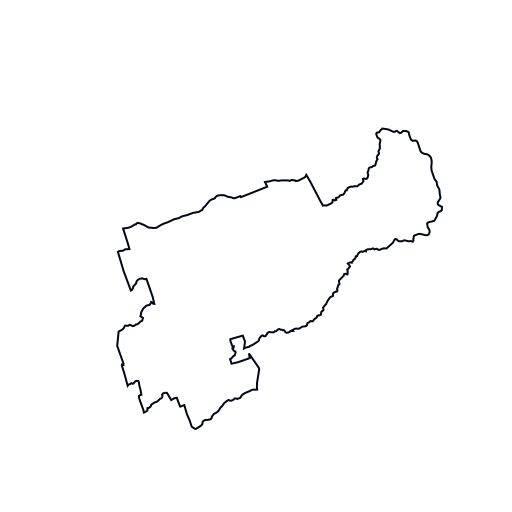 Juja, Central, Kenya (orthographic projection), rotated 309°
{"feature_id": "3690345B85267649800384", "entity_name": "Juja", "entity_type": "district", "adm_level": 2, "iso_a3": "KEN", "parent_name": "Kenya", "parent_adm1": "Central", "projection": "orthographic", "projection_center": [37.028, -1.103], "detail": "fine", "context": "isolated", "style": "outline", "palette": "ink", "viewbox_px": 512, "rotation_deg": 309, "n_neighbors": 0, "source": "geoboundaries", "source_scale": "gbopen_adm2", "svg_char_len": 6092}
<svg xmlns="http://www.w3.org/2000/svg" viewBox="0 0 512 512"><g transform="rotate(309 256 256)"><path d="M160.9,162.7L150.4,180.5L151.6,181.0L153.9,180.5L155.0,179.8L159.5,180.1L160.3,179.4L161.9,179.1L163.8,179.4L165.2,180.0L167.1,181.8L167.9,184.2L169.3,185.2L159.3,201.3L154.8,207.1L154.2,206.1L154.4,205.1L154.3,203.5L151.9,204.1L151.0,204.0L148.2,201.9L146.9,201.9L144.7,201.4L140.3,202.1L139.2,202.6L138.5,203.3L136.6,204.0L136.5,205.6L136.8,207.1L134.0,208.3L132.8,207.6L131.4,207.3L129.7,207.2L128.1,206.6L127.2,205.8L125.0,205.2L123.9,204.3L123.5,202.4L123.0,201.1L121.6,200.7L120.5,199.7L120.2,198.8L119.5,198.1L117.9,198.3L116.6,198.7L114.0,198.2L110.8,196.8L98.8,204.7L89.0,220.7L87.9,221.6L87.2,220.2L86.4,220.8L81.5,228.1L74.4,237.9L75.8,237.8L77.0,238.7L78.8,239.1L79.0,240.5L80.0,241.1L81.1,240.9L82.9,241.2L83.7,241.7L84.8,243.1L84.5,244.0L81.3,247.6L79.8,249.8L76.1,254.3L75.0,253.5L73.5,253.1L72.3,254.3L70.7,256.6L65.5,265.3L63.8,267.4L66.3,268.6L67.5,268.8L69.5,267.4L70.4,268.3L71.8,268.7L73.0,268.8L74.6,268.2L78.0,269.2L80.8,270.9L84.6,271.3L86.1,272.1L87.7,271.8L88.6,271.2L89.2,270.2L90.9,270.3L92.6,271.6L93.6,272.9L90.7,280.8L93.8,281.9L96.0,283.7L92.2,290.0L91.3,291.9L95.0,294.1L89.7,301.7L86.3,308.2L83.3,312.8L82.9,313.7L83.2,317.2L83.8,318.1L89.8,320.1L91.4,320.1L93.3,319.1L94.7,318.9L96.4,319.6L98.6,321.9L99.7,322.9L101.3,323.6L102.4,323.4L103.4,322.8L106.6,322.6L109.3,323.8L110.8,324.1L112.4,324.3L115.7,323.8L117.8,324.1L121.8,323.9L124.7,324.5L126.8,325.2L127.4,327.1L128.1,327.9L129.5,328.7L131.9,329.1L132.8,330.4L133.2,331.5L134.0,331.8L135.3,332.8L136.4,333.0L138.7,332.6L140.1,332.8L143.0,333.9L147.0,336.1L149.7,337.2L152.9,341.0L154.5,339.4L157.8,336.8L169.4,330.1L170.3,329.5L171.0,328.3L175.8,311.8L172.7,315.4L162.5,309.1L156.9,304.8L159.5,300.8L160.7,301.3L163.9,301.4L165.3,302.0L168.1,300.9L168.8,300.0L168.4,298.8L168.7,297.3L169.4,295.7L170.8,296.2L171.9,295.5L171.0,294.7L171.8,293.0L174.1,289.3L175.2,288.4L185.8,295.8L182.6,301.3L176.6,304.9L178.2,305.6L181.2,307.8L182.2,308.0L184.8,309.3L190.8,311.3L192.2,311.4L193.5,310.7L195.1,310.4L197.3,310.5L198.5,311.1L198.7,312.9L199.7,313.8L202.4,313.6L203.4,313.3L205.5,314.2L206.1,315.6L207.4,317.3L208.2,317.9L209.4,318.0L210.1,318.9L212.9,319.4L214.0,320.1L214.4,321.8L215.0,322.6L215.2,323.5L215.9,324.2L215.8,325.5L215.3,327.0L215.7,328.3L217.9,329.9L219.3,329.9L221.0,332.0L221.3,330.9L223.6,331.9L224.7,332.7L226.3,334.9L227.7,335.6L230.3,336.5L232.5,338.6L233.3,339.1L234.4,339.1L235.3,338.5L236.2,338.2L237.3,338.8L239.8,339.3L240.3,340.4L241.0,341.2L244.0,341.1L245.4,341.7L246.5,341.8L247.9,341.3L249.1,341.8L250.0,342.8L251.3,343.3L253.6,342.0L254.9,342.0L255.7,342.5L256.6,342.3L258.2,340.6L261.3,340.6L262.3,340.8L266.5,339.8L270.8,339.6L273.3,340.9L275.4,339.5L276.5,339.5L278.6,340.5L279.4,341.3L280.5,340.9L281.7,339.5L284.4,338.7L285.2,338.2L286.3,338.7L287.1,338.1L288.5,336.5L289.4,335.9L293.1,336.3L294.4,336.3L295.6,336.6L297.4,335.9L298.6,336.8L298.7,337.8L299.3,338.6L301.6,337.1L302.9,335.4L304.1,335.7L307.0,335.6L307.6,334.1L308.0,332.1L309.4,332.6L310.6,333.5L311.1,334.7L312.1,334.4L313.4,334.5L314.5,334.1L315.5,334.6L317.3,334.4L318.5,333.7L319.4,334.6L322.0,333.9L323.3,334.0L324.6,334.3L325.9,335.1L326.4,336.3L328.6,337.4L328.8,338.4L330.0,337.8L331.1,338.4L331.9,339.0L333.3,340.7L335.6,342.2L335.7,343.9L337.6,345.2L337.9,347.3L338.5,348.2L341.4,349.7L342.5,350.6L343.9,352.6L351.4,353.9L352.7,354.0L356.1,353.4L357.0,353.7L357.5,355.0L357.2,356.3L357.4,357.7L359.2,360.1L361.1,361.0L361.8,361.8L363.5,365.4L365.0,366.9L365.7,368.8L366.9,368.7L368.0,367.7L371.1,366.1L372.3,366.6L375.0,368.2L376.3,369.3L378.9,374.7L379.8,375.8L381.4,376.6L383.7,376.0L384.8,375.1L385.7,373.5L386.4,371.3L389.0,368.5L390.5,368.7L395.2,372.2L396.2,372.3L400.8,371.5L403.9,370.0L405.4,370.3L407.4,371.5L408.8,371.4L411.2,369.6L410.5,366.1L410.6,364.8L411.3,364.0L412.6,363.4L416.5,363.0L417.5,362.6L419.7,359.9L422.7,357.1L423.6,355.5L424.5,353.1L425.1,352.1L427.3,349.7L428.1,346.6L428.7,345.4L432.9,338.7L435.6,336.1L439.1,333.8L440.7,332.4L442.2,330.5L442.7,329.5L443.0,328.1L443.0,326.3L442.8,325.1L441.4,322.8L441.0,321.6L440.7,319.9L440.9,318.2L441.8,316.6L445.9,310.3L446.4,308.6L446.2,307.3L444.1,305.3L444.0,303.1L446.1,299.5L448.1,297.0L448.2,295.8L447.2,293.3L445.6,291.6L442.7,291.1L442.0,290.3L441.9,286.7L441.0,286.1L439.9,285.7L439.0,284.7L437.7,279.6L437.1,278.2L434.5,273.9L433.6,274.0L432.4,273.6L429.6,273.8L427.9,272.3L426.6,272.5L425.0,274.9L424.5,276.4L424.8,278.2L424.4,279.7L422.7,280.8L420.5,281.8L419.8,282.7L417.5,284.6L414.6,285.2L412.9,287.2L410.2,287.2L408.9,287.7L408.1,288.4L407.8,289.5L405.2,289.9L402.2,291.4L401.0,291.5L400.0,290.5L398.1,290.1L396.0,288.5L395.0,288.5L393.0,289.7L391.6,289.9L390.9,290.4L389.7,292.2L387.4,293.3L386.1,293.5L385.2,293.1L384.1,291.0L383.3,290.6L381.8,292.4L378.8,292.6L376.6,291.3L373.8,290.8L372.8,289.3L371.9,288.4L370.8,287.6L369.5,285.9L366.6,284.4L364.2,285.2L363.3,284.4L360.2,285.2L358.6,285.1L355.8,283.1L354.6,283.3L353.3,283.0L351.3,281.6L350.2,283.1L348.8,282.3L348.6,281.1L347.8,280.3L345.8,281.7L344.4,281.4L340.3,279.5L339.5,278.9L338.4,277.3L337.3,276.4L339.1,271.7L347.8,251.7L350.7,244.0L349.0,244.4L347.8,244.4L341.6,241.7L339.4,240.0L339.3,238.6L338.6,238.0L337.8,236.1L335.5,234.8L334.9,233.3L330.8,228.2L328.7,226.3L326.5,222.6L325.7,221.8L322.1,219.2L319.2,216.4L316.9,221.1L292.3,207.3L292.7,206.1L287.7,203.3L286.7,202.1L286.0,199.7L284.8,197.9L284.2,196.6L283.9,195.1L283.1,192.9L280.6,189.8L279.3,188.6L277.8,187.7L276.6,187.5L275.0,187.7L273.7,187.1L272.3,186.1L269.9,185.2L262.5,185.1L260.4,184.7L257.7,185.3L256.5,184.4L255.2,184.2L254.2,183.7L249.8,179.9L244.1,176.5L240.8,173.9L236.6,172.0L233.3,169.4L226.7,166.2L223.5,164.2L220.8,162.8L215.5,160.9L214.4,160.0L213.2,158.7L210.4,154.3L209.8,150.2L208.5,145.6L207.3,143.2L206.1,142.7L205.0,142.8L204.3,142.0L201.5,141.1L198.9,139.9L197.6,139.0L193.7,135.4L185.2,148.4L181.7,153.3L178.9,150.1L176.8,149.5L175.7,148.7L174.7,147.4L173.4,146.4L172.3,146.1L160.9,162.7Z" fill="none" stroke="#020617" stroke-width="2"/></g></svg>